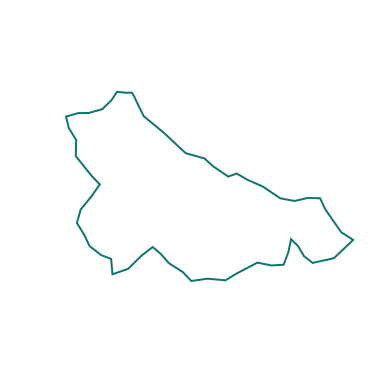 Lac Wey, Logone Occidental, Chad, rotated 240°
{"feature_id": "50815135B84328468709684", "entity_name": "Lac Wey", "entity_type": "district", "adm_level": 2, "iso_a3": "TCD", "parent_name": "Chad", "parent_adm1": "Logone Occidental", "projection": "orthographic", "projection_center": [15.996, 8.649], "detail": "fine", "context": "isolated", "style": "outline", "palette": "teal", "viewbox_px": 384, "rotation_deg": 240, "n_neighbors": 0, "source": "geoboundaries", "source_scale": "gbopen_adm2", "svg_char_len": 1055}
<svg xmlns="http://www.w3.org/2000/svg" viewBox="0 0 384 384"><g transform="rotate(240 192 192)"><path d="M222.8,76.9L208.6,77.2L196.2,76.3L182.8,81.7L174.5,88.5L160.5,82.0L157.4,98.3L162.2,117.0L164.0,130.5L153.9,134.0L141.9,136.4L127.2,144.0L115.3,146.9L109.2,162.0L98.8,176.8L99.1,189.4L98.1,213.4L88.7,224.0L83.2,235.0L91.8,245.5L101.6,254.2L92.3,256.8L80.5,256.9L70.3,261.0L63.7,281.8L69.9,307.6L82.4,301.2L87.8,300.7L97.4,299.8L110.6,298.8L112.1,298.9L112.5,298.9L114.4,299.1L122.4,299.8L122.5,299.8L128.9,289.5L133.0,276.2L142.5,265.2L161.4,256.0L173.1,247.4L175.0,246.0L176.3,245.3L185.6,240.0L186.8,233.6L187.2,231.1L203.8,223.1L209.4,221.3L214.7,219.7L216.2,218.2L221.1,213.5L228.0,206.7L228.9,205.9L257.7,197.1L281.7,188.1L294.4,188.9L304.3,189.7L307.6,189.6L308.0,189.6L310.7,184.9L311.0,184.4L311.5,183.7L314.2,180.0L316.3,177.1L311.8,168.3L308.6,155.8L312.1,142.0L317.2,133.0L320.3,120.6L308.8,117.3L295.0,117.7L281.2,109.3L255.7,113.2L244.7,116.0L238.3,102.3L232.5,86.9L222.8,76.9Z" fill="none" stroke="#0f766e" stroke-width="2"/></g></svg>